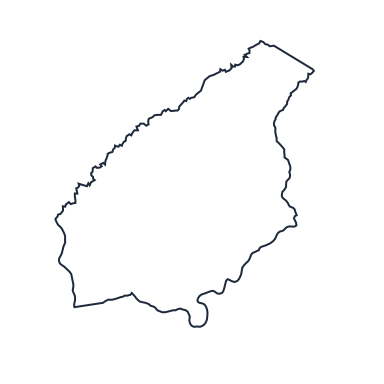 Montalvânia, Minas Gerais, Brazil, rotated 348°
{"feature_id": "56859067B79304737578850", "entity_name": "Montalvânia", "entity_type": "district", "adm_level": 2, "iso_a3": "BRA", "parent_name": "Brazil", "parent_adm1": "Minas Gerais", "projection": "albers", "projection_center": [-44.496, -14.472], "detail": "fine", "context": "isolated", "style": "outline", "palette": "slate", "viewbox_px": 384, "rotation_deg": 348, "n_neighbors": 0, "source": "geoboundaries", "source_scale": "gbopen_adm2", "svg_char_len": 4882}
<svg xmlns="http://www.w3.org/2000/svg" viewBox="0 0 384 384"><g transform="rotate(348 192 192)"><path d="M52.7,190.2L53.2,193.0L53.9,195.6L54.8,197.2L55.8,198.5L56.7,200.0L57.3,201.7L57.9,203.9L58.5,206.6L58.7,209.1L57.9,212.1L57.5,215.0L56.3,216.7L54.9,218.7L53.8,221.0L52.7,223.2L51.8,225.1L50.1,227.2L48.4,229.2L47.6,231.2L47.8,234.2L49.1,236.0L51.3,238.2L52.9,240.5L54.2,242.4L55.5,244.2L56.8,247.1L56.8,250.9L56.7,253.5L56.8,255.5L56.7,258.0L56.3,259.8L55.4,262.0L54.8,263.6L55.1,265.7L55.7,268.2L55.8,270.1L55.5,272.0L54.8,274.3L53.7,276.5L53.1,278.6L53.1,280.2L81.9,281.9L84.6,280.7L87.8,279.9L89.9,280.5L92.4,280.8L94.9,280.6L97.9,280.3L100.6,280.0L103.0,280.0L104.7,279.3L106.7,279.9L108.5,279.8L110.3,279.8L112.1,278.2L113.2,280.1L114.6,282.5L115.4,284.5L116.7,286.4L118.0,288.2L119.5,289.0L121.1,289.7L123.2,290.6L124.7,291.5L126.6,292.8L127.7,294.5L129.3,295.4L131.3,296.6L132.6,298.7L133.5,300.5L135.6,301.9L137.9,303.4L140.4,304.0L143.5,304.0L146.8,303.8L149.4,303.8L151.1,304.3L154.1,303.6L156.5,303.6L157.9,304.7L159.6,305.5L161.3,306.4L162.8,308.1L163.4,310.4L164.0,313.4L163.2,315.4L162.7,317.2L162.7,319.7L163.3,321.8L164.6,323.4L166.0,324.3L169.5,324.7L171.7,325.5L174.1,325.2L175.9,324.4L177.8,323.1L179.5,320.9L180.5,318.8L181.0,316.9L181.7,314.9L182.1,312.7L182.3,310.5L182.1,308.3L181.6,306.5L180.9,304.7L179.1,303.2L176.7,302.2L175.3,301.2L174.7,299.6L175.5,297.6L177.6,295.4L180.1,294.2L182.5,294.0L184.7,293.7L187.0,293.3L189.1,293.0L191.4,292.9L193.0,293.6L194.2,295.0L195.9,296.7L198.5,297.3L200.7,296.8L201.9,295.6L202.8,294.1L203.8,292.3L204.9,289.9L206.0,287.8L207.1,285.7L208.8,284.7L210.2,285.6L211.8,287.0L214.5,288.8L216.9,288.7L218.5,288.0L220.1,286.7L221.2,285.2L222.7,283.2L223.5,281.5L224.4,279.1L225.4,276.6L226.8,275.1L229.0,273.5L231.2,272.1L233.1,270.9L234.7,268.9L235.8,267.3L236.7,265.7L238.4,264.4L240.4,263.9L242.2,263.5L245.4,262.7L246.2,261.3L247.7,260.2L250.3,259.8L252.7,259.6L254.9,259.1L256.7,258.8L258.4,258.2L259.9,257.5L261.5,256.7L263.7,254.9L265.1,252.8L266.4,251.2L268.0,249.7L270.0,248.9L271.7,248.9L273.3,248.6L274.9,247.7L276.4,246.5L279.1,245.8L281.7,246.3L283.5,246.9L285.6,247.1L287.2,246.3L287.4,244.0L286.8,241.2L286.2,239.0L287.5,237.1L289.6,236.4L289.0,233.4L288.8,230.4L287.8,228.7L286.0,227.4L284.5,226.4L284.0,224.8L283.4,222.5L282.3,220.2L281.2,218.7L280.1,217.5L279.1,215.7L279.1,214.0L279.7,212.4L280.5,210.5L282.2,209.5L283.5,208.3L285.0,206.7L285.6,204.3L286.4,201.5L288.2,200.1L290.4,198.6L291.1,197.0L291.6,194.9L291.3,192.7L292.7,190.8L293.3,188.9L293.4,186.9L293.1,185.1L292.9,183.4L292.6,180.7L291.1,178.9L289.7,177.5L290.1,175.7L290.3,173.6L290.6,171.5L291.1,169.4L290.0,167.2L288.4,164.4L286.9,161.9L285.5,160.1L285.6,158.2L286.1,156.5L285.8,154.7L285.9,152.6L285.9,150.4L286.5,148.6L286.9,146.1L286.1,144.1L286.4,141.9L287.6,139.6L288.9,138.2L289.5,136.3L290.9,135.1L292.3,133.5L293.6,132.0L295.2,131.1L298.0,130.7L299.2,128.9L301.0,127.7L303.3,125.7L303.9,123.2L305.4,121.9L306.8,119.5L308.9,118.1L308.9,116.1L310.7,115.2L313.2,114.0L315.6,112.8L317.0,111.2L318.2,109.1L318.7,107.2L320.4,106.4L322.6,106.9L324.9,106.8L326.1,108.0L327.1,106.5L328.8,105.1L329.7,103.2L330.4,100.5L332.3,101.5L334.1,100.6L336.4,98.9L335.6,97.1L302.5,65.9L300.6,65.8L298.3,65.6L296.9,63.7L294.4,62.6L293.0,60.2L290.3,58.5L288.6,60.6L285.5,61.4L281.7,62.7L280.0,62.9L277.2,63.6L277.7,65.6L277.1,68.0L275.3,68.1L272.1,68.8L273.8,71.4L270.5,70.5L270.5,72.7L268.9,75.0L265.1,77.2L263.3,77.5L260.8,76.5L260.4,78.1L258.4,78.0L256.8,75.7L256.4,79.1L253.9,80.8L250.1,81.5L249.6,79.3L247.3,79.7L245.3,77.8L244.5,80.1L238.9,81.6L237.1,82.0L235.4,82.2L233.4,82.3L227.7,85.3L225.5,88.8L223.4,92.1L221.9,94.7L220.0,95.6L217.2,97.0L215.8,97.9L213.9,99.8L210.9,99.7L209.2,100.4L208.0,99.1L206.3,100.0L205.3,101.8L203.5,101.0L202.4,102.1L200.0,103.8L197.2,106.0L196.3,108.4L194.9,109.3L192.3,108.9L188.3,108.5L186.0,105.7L183.1,107.5L182.2,106.1L180.2,106.9L177.7,110.1L174.8,109.5L172.9,109.2L171.1,109.2L169.0,110.6L164.9,111.4L163.7,114.2L163.6,116.8L161.0,117.6L159.0,115.1L155.7,114.4L154.0,116.3L151.3,116.4L151.9,120.4L148.4,119.7L146.0,121.8L144.3,124.0L142.7,122.5L139.7,123.8L138.6,125.6L137.7,128.3L135.8,128.7L133.9,130.7L132.9,132.2L131.2,130.8L129.6,132.4L127.9,131.7L126.3,130.6L125.6,132.8L124.0,133.7L122.4,136.3L119.4,136.5L117.4,137.2L116.7,139.3L115.1,141.8L114.1,143.1L113.4,144.7L112.6,147.1L111.2,145.1L108.0,146.0L109.0,148.1L106.7,149.0L103.8,148.5L103.0,146.9L100.0,148.0L98.8,151.7L97.2,152.7L97.0,154.9L98.3,156.5L98.1,158.6L99.3,160.1L95.2,161.5L93.3,164.2L92.4,161.9L90.4,164.5L82.8,160.3L83.0,162.5L81.6,163.9L79.5,164.3L79.5,167.7L79.5,169.7L77.1,169.1L76.4,172.3L76.3,175.8L75.6,178.5L73.6,178.3L70.8,178.6L69.5,176.3L67.7,177.2L66.0,178.0L64.9,180.0L62.7,179.1L62.0,183.4L60.5,184.6L58.9,186.1L56.2,186.3L55.4,188.0L53.9,189.1L52.7,190.2Z" fill="none" stroke="#1e293b" stroke-width="2"/></g></svg>